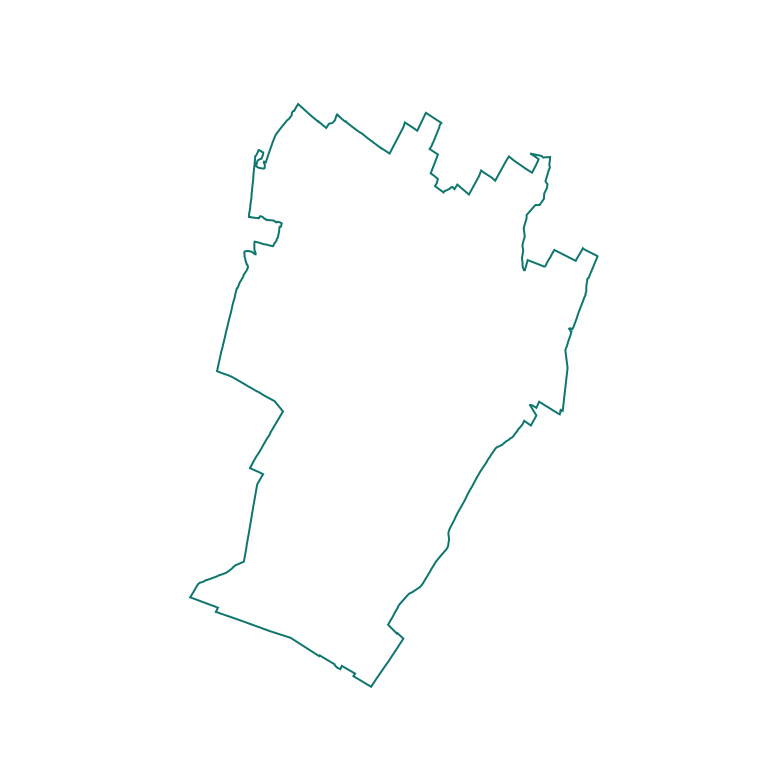 Havarna, Botosani, Romania (Equal Earth projection), rotated 77°
{"feature_id": "2599482B1439153330194", "entity_name": "Havarna", "entity_type": "district", "adm_level": 2, "iso_a3": "ROU", "parent_name": "Romania", "parent_adm1": "Botosani", "projection": "equal_earth", "projection_center": [26.638, 48.055], "detail": "fine", "context": "isolated", "style": "outline", "palette": "teal", "viewbox_px": 768, "rotation_deg": 77, "n_neighbors": 0, "source": "geoboundaries", "source_scale": "gbopen_adm2", "svg_char_len": 6134}
<svg xmlns="http://www.w3.org/2000/svg" viewBox="0 0 768 768"><g transform="rotate(77 384 384)"><path d="M568.3,599.1L569.1,597.5L571.1,594.6L580.3,579.8L599.0,551.0L610.3,532.1L634.6,508.4L634.0,507.7L646.1,495.1L646.9,495.3L650.0,493.3L652.0,490.7L649.2,488.5L659.7,477.3L661.8,479.5L676.1,464.7L670.6,458.9L659.4,446.7L655.0,441.7L650.5,437.1L649.1,435.5L636.4,422.4L629.6,427.1L630.1,427.6L619.5,434.2L616.2,431.2L613.5,428.5L607.9,423.7L605.7,421.5L605.1,420.9L604.4,420.6L603.9,420.2L602.6,419.0L595.6,409.2L594.2,407.1L593.9,406.3L593.0,402.7L589.8,394.3L587.1,391.0L578.4,382.6L577.0,381.2L575.7,380.2L572.3,376.8L568.7,373.3L563.0,365.9L562.4,364.9L561.0,363.1L560.3,362.0L558.6,359.9L557.7,359.0L557.1,358.5L556.1,357.9L549.5,355.4L545.5,355.1L543.2,354.6L542.5,354.3L539.6,352.4L532.3,346.1L530.5,344.8L526.1,341.2L515.9,331.8L509.3,326.5L502.5,320.2L500.8,318.8L495.8,314.4L491.0,309.9L483.4,301.8L481.1,299.8L479.9,298.6L479.3,297.7L476.8,295.3L472.2,290.2L471.3,288.9L470.9,288.0L470.6,285.7L469.8,282.4L469.1,281.4L468.2,279.5L467.6,278.5L467.2,277.5L466.6,275.3L465.5,273.3L464.8,271.1L464.3,270.1L463.1,268.7L462.1,267.7L459.5,264.3L458.5,263.7L457.0,261.4L454.8,258.5L453.9,257.6L451.4,255.7L457.5,250.2L449.0,242.6L437.4,246.5L437.2,246.3L437.6,245.4L438.4,244.1L441.5,240.9L436.2,236.8L451.9,221.0L453.1,219.6L450.6,218.1L450.3,218.4L449.6,218.0L449.9,217.7L449.1,217.3L450.3,215.9L409.6,201.5L391.8,199.7L387.4,196.8L383.3,194.5L379.0,191.7L374.9,189.5L374.3,190.5L374.1,190.5L373.1,189.8L372.9,189.8L372.1,191.2L371.9,191.3L371.6,190.8L371.6,190.2L372.7,187.9L371.0,186.5L363.4,181.5L358.2,178.4L346.9,170.7L346.0,170.2L344.5,169.2L343.4,168.2L342.2,167.4L341.0,167.3L339.8,166.3L339.2,166.0L335.0,165.1L330.9,163.6L329.7,162.9L328.1,162.6L327.5,162.3L326.2,160.3L323.8,158.8L317.4,154.1L313.9,151.7L307.8,147.2L307.5,147.2L307.3,147.3L299.0,157.3L297.0,159.5L296.5,159.7L300.0,162.8L305.0,167.7L307.1,169.5L291.7,187.9L295.5,191.5L298.0,193.5L300.0,195.7L301.6,197.0L302.4,197.9L304.9,199.7L305.7,200.8L305.5,201.7L304.9,202.5L295.6,216.1L304.8,221.2L304.6,222.0L301.8,222.5L299.6,222.3L296.7,221.7L292.3,221.2L285.2,218.3L281.4,218.1L280.3,218.0L276.0,216.0L272.2,213.7L263.5,212.8L254.8,207.9L251.4,207.0L243.7,196.3L244.6,192.1L239.5,186.5L234.4,185.0L229.5,181.0L226.1,179.8L222.9,181.1L212.6,175.3L210.6,173.7L207.3,173.6L204.4,172.4L200.2,171.1L199.1,178.0L197.2,179.2L192.3,189.7L195.8,186.1L199.8,182.8L201.4,183.9L204.5,186.3L211.4,192.2L206.1,197.5L195.5,207.1L190.4,211.1L194.0,214.7L210.9,229.9L206.9,232.8L200.4,239.2L197.8,241.3L202.8,244.6L218.5,258.6L206.2,267.7L210.0,271.5L207.4,273.0L207.3,273.9L208.5,276.2L209.3,279.1L209.8,282.0L210.8,282.9L209.4,284.0L202.7,289.8L200.2,287.4L196.3,285.4L192.3,288.4L189.3,291.1L172.5,279.8L165.3,286.7L162.5,283.8L160.2,282.4L159.6,281.7L146.8,272.7L144.4,271.5L142.5,269.4L129.2,282.2L144.7,294.6L140.2,298.7L133.9,304.8L138.2,307.4L160.7,326.7L153.3,333.8L153.5,333.9L141.1,344.4L135.4,348.8L134.2,349.9L133.2,351.2L125.4,357.8L120.2,361.9L119.7,362.0L119.9,362.4L118.9,363.4L112.7,368.0L112.5,367.8L110.8,369.0L112.1,370.2L115.2,372.0L116.0,372.5L117.8,375.1L118.1,376.1L118.0,378.0L118.1,379.1L118.8,379.9L121.5,382.7L118.7,384.9L113.4,388.8L113.7,389.0L105.9,394.9L91.9,404.7L94.6,407.4L97.7,410.1L97.5,410.7L98.1,411.8L98.6,412.3L99.2,412.8L100.9,413.3L102.0,414.0L102.6,415.0L103.9,416.3L105.3,419.1L106.2,420.4L107.3,421.7L110.4,425.7L116.3,432.9L117.1,433.7L123.1,437.9L135.3,445.6L141.5,449.3L140.3,450.8L141.0,451.3L141.3,451.4L142.7,450.9L144.2,450.9L145.9,451.4L146.7,451.8L147.0,452.1L147.1,452.5L146.1,455.5L145.0,457.6L143.3,459.4L142.9,459.5L142.5,459.4L141.1,458.7L140.7,458.3L139.6,458.2L139.0,457.6L138.1,457.0L137.7,456.5L137.0,454.6L137.0,452.9L136.7,452.5L133.3,450.3L131.2,449.6L130.0,451.1L127.8,453.3L127.8,453.5L131.6,456.3L132.6,457.3L133.3,458.4L135.0,458.8L142.0,461.1L143.3,461.6L151.8,464.5L155.1,465.4L164.8,468.8L165.8,469.0L167.9,469.9L172.1,471.1L179.6,474.0L182.5,474.8L184.3,475.5L187.1,476.9L190.9,478.1L191.1,477.9L191.0,477.5L191.2,476.5L191.6,476.3L191.9,475.6L192.2,474.4L193.6,471.0L193.9,469.6L194.3,468.9L194.3,468.4L193.0,467.5L192.7,467.0L192.7,466.6L193.6,465.2L194.4,464.3L195.9,463.5L196.4,462.4L196.6,462.3L197.0,462.3L197.7,461.6L197.8,461.4L197.8,460.6L198.3,460.0L199.3,456.4L199.8,455.0L200.4,454.2L201.7,453.3L202.2,452.6L202.4,452.3L202.4,452.0L201.9,451.8L202.5,450.0L203.1,449.0L204.0,448.1L204.4,447.5L207.5,449.0L207.2,450.1L207.6,450.5L212.0,452.0L217.2,454.4L217.9,454.9L218.5,455.8L218.8,456.0L220.1,456.4L222.3,459.1L224.7,461.0L224.7,461.4L224.3,462.2L223.2,464.5L222.1,466.3L220.4,470.4L218.2,473.9L217.8,474.8L216.2,477.9L216.8,478.4L219.9,479.2L221.6,479.5L222.3,479.8L224.8,480.1L226.6,479.7L227.4,479.7L228.8,479.9L228.8,480.1L228.2,481.0L225.9,482.5L224.8,484.2L224.0,486.1L224.1,486.4L223.5,487.6L223.6,490.0L224.8,490.7L226.6,490.7L228.9,491.3L230.6,491.0L232.8,491.2L234.0,491.0L234.7,491.0L235.7,490.8L236.1,491.0L236.8,490.8L237.0,490.4L239.3,490.1L239.6,490.2L240.1,490.7L240.9,491.0L242.6,492.4L243.7,493.6L244.9,494.7L245.9,496.1L247.3,496.8L247.8,497.1L253.1,502.1L256.1,504.0L257.4,505.0L257.7,505.4L257.6,505.8L257.9,506.1L258.4,506.2L262.4,508.4L266.3,510.1L271.7,513.2L278.9,516.6L288.5,521.6L290.4,522.4L291.9,523.3L293.0,523.7L297.1,525.9L304.1,529.2L305.7,530.1L307.2,530.7L308.1,531.3L313.5,533.9L314.9,534.8L333.9,543.8L337.3,538.9L340.6,533.6L343.0,530.4L353.0,519.7L357.0,515.5L358.2,514.0L361.2,511.0L364.1,507.5L368.7,502.9L376.2,494.4L388.0,488.6L405.7,505.5L408.1,507.2L410.5,509.9L412.8,512.1L422.4,520.9L425.9,524.7L429.1,527.7L434.3,532.1L435.5,533.5L435.8,533.6L441.8,525.6L444.7,522.1L451.8,528.8L452.6,529.6L453.9,530.4L475.4,539.5L499.5,549.5L508.8,553.5L513.7,555.4L522.8,559.3L525.5,560.5L526.2,563.7L527.2,569.4L528.1,571.5L529.7,573.8L531.5,577.7L532.5,580.7L533.1,585.2L533.3,587.9L533.8,589.6L535.1,599.8L535.0,601.6L535.5,602.8L536.1,604.9L536.2,607.8L536.4,608.8L537.0,609.8L538.2,611.3L541.7,614.5L548.3,620.8L561.1,601.4L562.4,599.2L563.7,597.6L564.6,596.1L566.6,597.8L568.3,599.1Z" fill="none" stroke="#0f766e" stroke-width="2"/></g></svg>